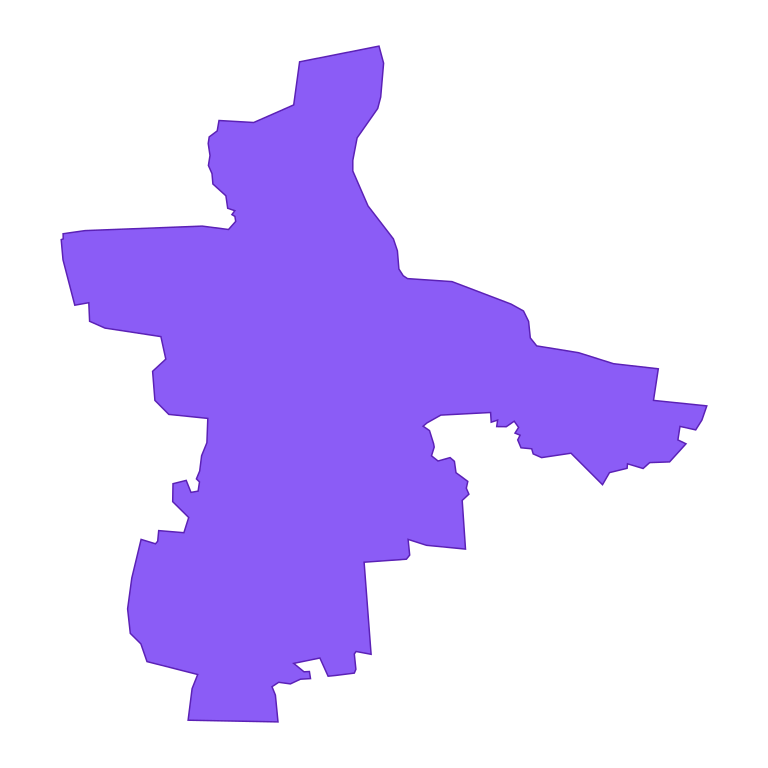 Rundāles pag., Rundales, Latvia
{"feature_id": "27541924B12061124033846", "entity_name": "Rundāles pag.", "entity_type": "district", "adm_level": 2, "iso_a3": "LVA", "parent_name": "Latvia", "parent_adm1": "Rundales", "projection": "mercator", "projection_center": [24.042, 56.399], "detail": "medium", "context": "isolated", "style": "filled", "palette": "violet", "viewbox_px": 768, "rotation_deg": 0, "n_neighbors": 0, "source": "geoboundaries", "source_scale": "gbopen_adm2", "svg_char_len": 1908}
<svg xmlns="http://www.w3.org/2000/svg" viewBox="0 0 768 768"><path d="M188.1,720.2L278.0,721.9L275.4,695.1L272.0,686.7L278.7,682.3L290.4,683.9L300.4,679.2L310.5,678.6L309.4,671.5L304.0,671.8L293.7,663.4L319.9,658.0L328.1,676.2L335.2,675.5L354.3,673.1L355.9,669.3L354.3,654.0L356.1,651.5L371.1,654.3L364.1,562.2L406.4,559.2L409.7,555.1L408.1,539.4L426.5,545.3L465.5,549.1L462.2,500.4L468.9,494.2L466.3,488.2L467.8,481.4L456.0,472.7L454.4,461.3L450.1,457.6L438.0,461.0L431.5,455.8L434.2,447.1L433.6,443.7L429.5,430.6L423.1,426.2L427.0,422.9L440.8,415.1L490.6,412.5L491.2,422.2L497.6,420.1L496.7,426.6L506.3,426.7L514.2,421.2L518.6,427.4L515.0,433.1L520.1,435.2L517.7,439.9L521.0,447.8L531.7,448.8L533.2,453.9L541.6,457.6L571.0,453.2L602.5,484.7L609.5,472.6L627.1,468.3L627.5,463.8L643.1,468.5L649.7,462.6L669.6,461.9L686.0,443.8L677.9,439.9L680.0,426.4L695.7,429.9L701.9,420.1L706.8,405.9L653.5,400.4L658.3,368.8L613.5,363.7L578.6,352.7L536.7,345.9L530.3,337.9L528.6,321.4L523.5,311.0L511.1,304.1L452.0,281.6L407.5,278.6L403.2,275.7L398.9,269.0L397.4,250.8L393.4,238.9L368.0,205.9L352.8,171.0L352.8,160.4L357.1,137.9L377.7,108.5L380.7,97.1L383.6,63.2L379.0,46.1L299.6,61.8L293.7,104.9L253.7,122.5L219.0,120.5L217.2,130.9L209.2,136.9L208.2,143.5L210.0,155.5L208.4,165.5L212.0,173.6L212.9,184.0L225.9,195.8L227.7,208.3L234.8,210.7L231.9,214.6L234.9,216.4L235.7,221.4L228.5,229.5L202.2,226.1L85.1,230.6L63.1,233.7L63.2,238.9L61.2,239.6L63.0,259.8L74.8,305.2L88.8,302.7L89.6,321.3L105.0,328.1L160.9,336.6L165.8,359.1L152.6,371.3L154.9,400.4L168.8,414.4L207.8,418.4L206.9,442.7L201.6,455.7L199.7,471.0L196.4,478.9L199.5,481.9L198.1,491.1L191.0,492.4L186.2,480.4L173.0,483.7L172.7,501.7L188.7,517.5L183.9,532.7L158.7,530.6L157.7,541.2L155.5,543.8L141.1,539.4L131.8,578.0L127.6,608.9L130.3,633.4L140.9,643.9L147.0,661.6L197.7,674.5L192.1,688.6L188.1,720.2Z" fill="#8b5cf6" stroke="#5b21b6" stroke-width="1.5"/></svg>